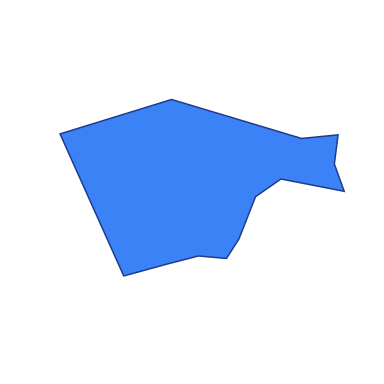 outline of Qala, rotated 199°
{"feature_id": "MLT-5980", "entity_name": "Qala", "entity_type": "state/province", "adm_level": 1, "iso_a3": "MLT", "parent_name": "Malta", "parent_adm1": "", "projection": "natural_earth1", "projection_center": [14.311, 36.036], "detail": "fine", "context": "isolated", "style": "filled", "palette": "blue", "viewbox_px": 384, "rotation_deg": 199, "n_neighbors": 0, "source": "natural_earth", "source_scale": "10m", "svg_char_len": 334}
<svg xmlns="http://www.w3.org/2000/svg" viewBox="0 0 384 384"><g transform="rotate(199 192 192)"><path d="M229.2,90.4L335.7,204.0L241.5,272.8L105.9,278.3L72.5,293.6L66.5,264.8L48.3,242.2L112.2,233.2L130.4,208.3L132.3,163.0L137.8,140.4L165.1,133.6L192.5,115.5L229.2,90.4Z" fill="#3b82f6" stroke="#1e3a8a" stroke-width="1.5"/></g></svg>